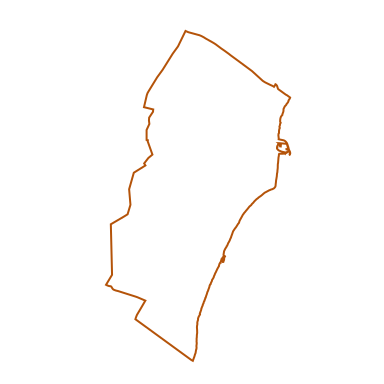 Joondalup, Western Australia, Australia, rotated 216°
{"feature_id": "25037944B62034941870385", "entity_name": "Joondalup", "entity_type": "district", "adm_level": 2, "iso_a3": "AUS", "parent_name": "Australia", "parent_adm1": "Western Australia", "projection": "mercator", "projection_center": [115.744, -31.78], "detail": "fine", "context": "isolated", "style": "outline", "palette": "amber", "viewbox_px": 384, "rotation_deg": 216, "n_neighbors": 0, "source": "geoboundaries", "source_scale": "gbopen_adm2", "svg_char_len": 5914}
<svg xmlns="http://www.w3.org/2000/svg" viewBox="0 0 384 384"><g transform="rotate(216 192 192)"><path d="M291.9,318.5L289.5,304.9L289.0,302.2L288.9,301.1L288.9,300.2L288.9,294.0L288.9,292.6L287.6,273.6L287.6,266.2L287.6,264.3L286.3,247.6L286.1,245.8L285.7,244.5L285.5,243.8L280.7,232.4L271.9,236.0L271.7,235.6L270.7,234.0L270.4,227.0L268.9,224.6L266.5,222.0L265.2,215.5L259.3,207.4L258.1,207.9L257.7,207.0L246.0,199.0L247.3,193.9L247.5,187.0L245.3,186.1L250.4,173.4L244.5,157.3L234.3,145.5L231.0,136.1L232.5,132.4L238.7,118.2L208.0,78.0L207.0,66.4L205.7,66.6L204.3,67.0L203.7,67.2L202.5,67.9L202.2,68.0L201.6,68.0L201.0,67.7L199.2,67.0L198.2,66.9L197.2,67.1L195.5,67.6L193.6,68.4L176.2,74.2L174.2,74.8L165.9,76.7L165.0,67.8L164.3,60.2L164.1,59.4L163.6,57.5L163.0,55.8L93.5,55.7L92.1,55.9L93.0,59.0L93.1,59.5L93.4,60.4L93.7,61.3L94.0,62.0L94.5,63.9L95.9,66.6L96.0,67.2L96.1,67.3L96.6,68.4L97.1,69.1L97.9,70.0L99.1,72.2L99.4,72.5L99.8,73.1L100.2,73.4L101.2,74.9L101.5,75.3L102.1,76.1L102.8,77.4L103.5,78.4L104.0,79.2L104.2,79.5L104.9,80.9L105.1,81.2L106.7,83.3L108.3,85.2L109.1,86.4L109.4,87.0L109.6,87.5L109.8,87.9L110.2,88.6L110.4,88.7L110.8,89.2L111.0,89.6L111.4,90.4L111.5,90.8L111.7,91.2L111.9,92.0L112.6,93.0L112.9,93.5L113.0,94.2L113.3,95.0L113.4,95.9L113.4,96.4L113.5,97.1L113.5,97.6L113.8,97.9L114.1,98.0L114.2,98.4L114.3,98.6L114.4,99.0L114.5,99.1L114.5,99.4L114.7,99.7L114.7,100.0L114.9,100.6L115.0,101.1L115.1,101.4L115.4,102.3L115.8,102.9L115.9,103.5L116.2,104.3L116.3,104.8L116.5,105.6L116.6,106.4L117.1,107.3L117.2,108.0L117.2,108.4L117.4,109.1L117.7,109.6L117.9,110.5L118.0,110.9L117.9,111.0L118.0,111.5L118.3,112.1L118.5,112.9L118.5,113.0L118.7,113.6L118.7,113.8L119.0,114.3L118.9,114.7L119.4,116.0L120.0,118.1L120.8,120.3L120.8,120.5L120.9,121.1L121.1,122.0L121.4,122.6L121.5,123.2L122.2,125.6L122.6,126.3L122.7,126.8L122.9,127.4L122.8,127.9L122.9,128.2L122.8,128.4L122.8,128.6L123.0,128.8L123.3,129.9L123.5,131.3L123.7,132.0L124.0,132.5L124.1,132.9L124.1,134.3L124.2,135.0L124.4,136.1L124.7,136.6L124.8,137.1L125.0,138.4L125.2,138.8L125.5,140.3L125.6,141.3L125.9,142.6L126.1,143.7L126.3,144.7L126.5,146.3L126.6,147.4L126.6,147.8L127.0,148.4L127.2,149.2L127.4,149.6L127.5,149.8L127.6,151.0L127.3,151.5L127.7,151.7L127.6,153.2L127.2,153.6L127.1,154.0L126.7,154.0L126.7,154.3L126.8,154.3L127.2,154.1L127.4,153.7L128.0,153.3L128.6,155.0L127.7,155.4L127.7,155.5L127.9,155.5L128.4,156.5L128.7,156.7L128.7,156.8L128.7,157.4L128.6,157.7L128.3,158.1L128.2,158.4L127.9,158.4L127.9,158.0L126.5,155.8L125.9,153.6L125.2,153.1L125.5,153.6L126.2,156.0L127.4,157.9L127.4,159.1L127.4,159.3L127.6,159.4L129.3,159.4L129.7,159.9L130.1,160.7L130.3,161.2L130.5,161.5L131.2,162.9L131.5,164.1L131.5,164.5L131.8,165.9L131.8,167.5L132.1,168.5L132.0,168.8L132.0,169.3L132.7,172.1L132.7,172.9L132.8,173.4L133.0,174.9L133.5,176.7L133.7,178.1L134.1,179.1L134.3,179.9L134.5,180.5L134.7,181.3L135.6,184.2L135.7,185.1L135.7,185.6L135.8,187.8L135.7,189.2L135.8,191.0L136.0,193.4L135.9,193.9L135.9,194.7L136.1,195.3L136.5,196.4L136.7,197.5L137.1,200.8L137.5,203.7L137.4,204.7L137.5,205.7L137.4,206.2L137.3,207.5L137.3,208.3L137.1,210.7L137.0,213.4L137.0,213.9L136.8,214.7L136.5,215.9L136.4,216.2L136.5,217.3L136.2,219.0L136.1,219.6L136.1,220.3L136.1,221.0L136.0,221.5L135.6,224.0L135.3,225.0L135.0,225.7L135.0,226.4L134.5,227.8L134.3,228.4L133.8,229.9L133.6,230.7L133.2,232.5L132.8,234.1L131.8,236.1L131.3,237.2L130.8,238.1L130.6,238.7L129.9,239.7L129.5,240.5L128.8,241.3L128.3,242.2L128.0,242.8L127.8,243.3L127.7,244.5L127.7,245.2L127.9,245.8L128.2,246.4L129.0,247.7L129.7,249.0L130.9,251.0L131.3,251.9L132.6,254.5L134.0,256.8L134.3,257.5L134.6,258.2L135.3,259.3L135.8,260.1L136.1,260.7L136.8,261.9L138.2,263.9L139.0,265.1L139.4,266.0L141.1,268.8L141.5,269.4L142.0,270.3L142.4,270.9L142.9,272.1L143.7,273.4L143.9,273.9L143.9,274.2L140.6,276.7L139.5,277.8L139.1,277.7L139.1,278.0L138.1,280.5L138.1,280.8L138.4,280.8L138.8,279.9L139.3,279.1L142.1,277.8L143.4,277.3L145.9,276.7L146.8,276.6L147.1,276.7L147.3,276.8L148.2,276.9L148.7,277.1L149.0,277.4L149.1,277.6L149.2,278.1L149.5,278.2L149.6,278.4L149.5,278.5L149.6,279.0L150.0,279.3L150.0,280.0L150.1,280.4L150.4,281.4L150.7,281.9L150.7,282.2L150.7,282.3L150.4,282.4L150.4,282.5L150.5,282.5L149.8,283.0L148.7,282.7L148.5,282.3L148.8,282.1L148.3,281.3L147.2,281.0L147.2,280.9L147.0,281.0L148.6,283.7L144.6,286.1L144.0,286.4L143.5,286.6L141.0,284.7L139.9,283.7L139.7,283.6L139.7,283.4L139.7,283.2L140.8,282.2L140.6,282.0L140.4,282.1L139.6,282.8L139.3,283.1L139.2,283.2L138.6,282.7L137.8,282.4L136.7,281.8L136.2,281.5L136.0,281.3L135.7,281.0L135.1,279.7L134.9,279.6L134.8,279.8L135.1,280.6L135.3,281.1L136.1,281.9L136.7,282.3L137.7,282.8L138.7,283.4L140.2,284.7L142.8,286.6L143.7,287.2L144.7,287.6L146.1,287.9L147.1,287.9L147.8,287.8L148.2,287.7L152.9,285.6L153.1,285.9L153.3,286.3L155.4,288.6L155.7,289.1L156.2,289.9L156.3,290.9L156.4,291.0L157.6,292.7L158.1,293.7L158.4,294.4L158.6,295.4L158.8,295.6L159.2,295.8L159.6,296.1L159.7,296.4L160.2,297.9L160.5,298.4L160.8,299.0L160.9,299.4L160.9,300.1L161.1,300.2L161.5,300.3L161.8,300.6L162.2,300.9L163.4,302.8L163.8,303.7L164.1,304.5L164.3,305.4L164.3,306.6L164.2,307.5L164.6,308.1L165.3,310.6L165.7,311.4L166.7,312.9L166.8,313.2L167.0,314.4L167.3,315.9L167.2,316.2L167.0,317.9L167.2,318.6L167.1,320.1L167.1,321.0L167.2,321.6L167.3,322.0L167.6,322.6L167.7,322.8L167.8,324.8L168.0,325.9L168.1,326.1L172.2,326.1L172.7,326.0L173.3,325.9L173.7,325.9L182.5,325.9L183.0,326.0L183.5,326.3L185.2,327.6L185.7,327.9L186.6,328.2L187.2,328.3L187.8,328.2L187.7,327.6L187.5,326.5L187.5,325.3L188.4,325.3L189.1,325.2L191.4,324.7L196.6,323.8L198.0,323.6L198.8,323.6L200.2,323.5L200.9,323.6L214.6,325.1L241.3,325.3L243.2,325.4L244.9,325.4L248.7,325.4L252.6,325.3L259.7,325.4L261.6,325.3L263.6,325.1L271.3,324.2L273.3,324.1L276.1,323.7L278.2,323.2L279.2,322.8L288.7,319.2L289.8,318.9L291.9,318.5Z" fill="none" stroke="#b45309" stroke-width="2"/></g></svg>